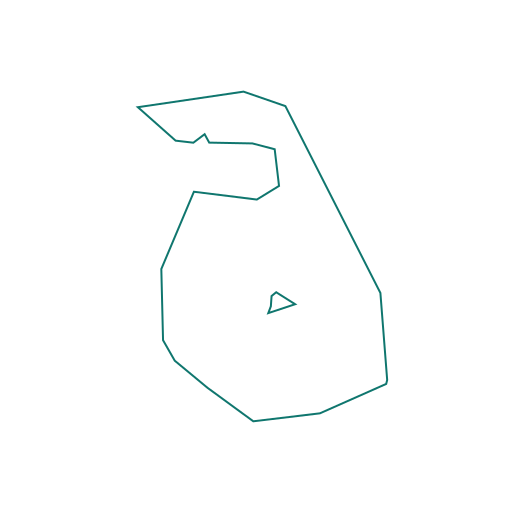 the district of Manassas, Virginia, United States of America, rotated 120°
{"feature_id": "52423323B4882289186137", "entity_name": "Manassas", "entity_type": "district", "adm_level": 2, "iso_a3": "USA", "parent_name": "United States of America", "parent_adm1": "Virginia", "projection": "orthographic", "projection_center": [-77.487, 38.744], "detail": "fine", "context": "isolated", "style": "outline", "palette": "teal", "viewbox_px": 512, "rotation_deg": 120, "n_neighbors": 0, "source": "geoboundaries", "source_scale": "gbopen_adm2", "svg_char_len": 500}
<svg xmlns="http://www.w3.org/2000/svg" viewBox="0 0 512 512"><g transform="rotate(120 256 256)"><path d="M297.8,80.4L225.8,129.8L111.5,305.5L119.9,349.0L186.2,432.7L196.3,383.3L189.2,366.9L176.2,361.4L181.2,353.2L160.3,315.4L154.2,293.2L183.8,271.1L206.7,283.5L231.4,341.9L314.6,331.5L375.4,294.4L387.3,274.0L394.4,232.1L400.5,175.7L360.3,122.0L301.7,79.3L297.8,80.4ZM277.3,220.4L278.2,198.0L299.3,216.8L292.1,218.0L282.9,222.5L277.3,220.4Z" fill="none" stroke="#0f766e" stroke-width="2"/></g></svg>